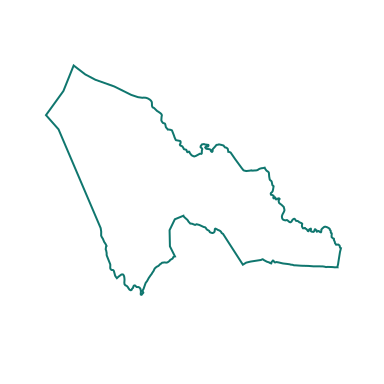 the district of Grande Ravine, Dennery, Saint Lucia, rotated 8°
{"feature_id": "8701671B908189837343", "entity_name": "Grande Ravine", "entity_type": "district", "adm_level": 2, "iso_a3": "LCA", "parent_name": "Saint Lucia", "parent_adm1": "Dennery", "projection": "equal_earth", "projection_center": [-60.928, 13.943], "detail": "fine", "context": "isolated", "style": "outline", "palette": "teal", "viewbox_px": 384, "rotation_deg": 8, "n_neighbors": 0, "source": "geoboundaries", "source_scale": "gbopen_adm2", "svg_char_len": 6106}
<svg xmlns="http://www.w3.org/2000/svg" viewBox="0 0 384 384"><g transform="rotate(8 192 192)"><path d="M347.3,227.0L347.0,227.0L346.5,226.6L346.2,226.2L345.8,224.9L345.4,224.4L344.3,223.7L342.1,224.1L341.9,224.1L341.2,223.1L340.7,222.7L340.3,221.4L339.2,219.8L339.2,219.0L339.0,218.5L338.1,218.3L336.6,217.3L336.3,216.0L336.3,215.2L336.2,213.8L336.0,213.4L335.6,213.2L335.4,213.2L335.1,212.8L334.8,211.4L334.6,210.9L333.7,210.2L333.5,209.4L332.8,208.9L332.2,208.6L330.4,208.0L328.6,207.8L327.5,208.4L326.2,209.9L325.5,210.9L325.3,211.5L325.5,212.3L325.4,212.8L325.5,213.4L325.3,213.9L324.9,214.0L324.3,213.8L323.8,213.6L323.0,213.0L322.7,213.0L321.2,213.9L320.8,213.5L320.7,212.7L320.0,212.4L319.4,211.8L319.0,211.8L318.6,212.7L318.4,213.9L318.1,214.4L317.8,214.6L316.0,214.6L315.5,214.4L315.0,214.0L314.9,212.9L315.0,212.6L315.0,212.1L314.7,211.8L313.8,212.3L313.2,212.9L312.9,213.6L312.9,214.1L312.7,214.6L312.3,214.6L312.0,214.4L311.7,213.9L310.7,213.0L310.3,212.7L309.2,212.4L308.9,211.9L308.6,211.9L308.1,212.2L307.3,212.5L306.9,212.5L305.8,211.0L305.6,210.4L305.5,209.6L305.6,208.3L305.5,208.0L304.5,207.5L302.4,207.0L301.6,206.4L300.6,206.0L299.3,206.1L298.8,205.9L298.0,204.8L297.2,204.3L296.6,204.4L295.7,205.2L295.4,205.6L294.6,207.5L294.1,208.0L293.6,208.3L292.7,208.2L291.0,207.1L290.1,206.6L289.8,206.6L288.5,207.1L287.1,207.0L285.9,206.6L285.6,206.3L285.0,205.6L284.6,204.5L284.4,203.5L284.7,201.7L285.7,199.1L286.1,197.5L285.9,196.4L284.9,194.0L282.4,192.2L280.7,191.3L279.7,190.6L279.0,188.8L279.0,188.5L279.7,186.7L279.1,186.2L278.3,186.3L276.8,187.5L276.2,187.6L275.8,187.1L275.6,186.4L275.1,185.8L274.8,185.8L274.4,186.7L274.1,186.9L273.7,186.9L273.3,186.4L273.3,185.9L273.6,185.3L273.6,184.9L273.2,184.3L271.8,183.8L270.6,183.7L270.4,183.3L270.2,182.8L270.3,182.1L270.5,181.8L271.3,180.9L271.7,180.1L271.9,178.5L272.0,175.5L272.0,175.0L271.8,174.7L271.1,174.4L270.6,173.9L269.6,171.0L269.3,170.4L268.9,170.0L267.8,169.4L267.2,168.7L266.3,166.0L265.5,162.4L265.1,161.8L264.7,161.4L263.0,160.6L262.3,160.0L261.1,158.7L260.6,157.8L258.8,158.5L258.1,158.6L256.3,159.3L255.3,159.9L254.3,160.7L254.1,161.0L253.8,161.2L252.5,161.7L250.8,162.0L249.1,162.4L248.3,162.5L248.2,162.5L248.0,162.3L247.7,162.3L246.7,162.7L242.8,163.7L240.5,163.5L239.9,163.3L237.8,161.3L230.4,153.7L224.8,147.6L224.0,147.3L222.3,147.1L222.3,146.7L221.3,144.2L220.4,143.6L219.6,143.3L218.6,143.3L217.5,142.4L216.8,141.6L214.8,141.3L212.4,141.1L212.0,141.1L211.1,141.6L210.1,141.8L209.5,142.2L208.9,143.3L206.6,146.7L206.4,147.4L206.7,148.1L206.7,148.8L206.4,149.4L206.0,149.5L205.6,149.3L205.0,148.8L204.5,147.6L203.8,147.3L203.5,147.2L200.3,147.2L199.8,147.0L199.0,146.2L198.9,146.1L199.1,145.6L199.4,145.3L200.1,145.0L201.0,144.9L201.6,144.6L201.8,144.0L201.8,143.4L201.6,143.1L199.2,143.1L198.6,143.2L197.4,142.9L196.6,143.0L195.1,143.6L194.6,144.8L194.3,145.1L194.2,146.3L194.6,146.7L195.6,147.3L195.9,147.6L196.2,148.1L196.0,149.5L196.3,152.3L196.0,152.9L194.5,153.0L190.7,155.8L189.2,156.5L187.2,156.0L186.2,155.4L185.5,154.8L184.2,153.4L183.7,152.5L183.1,152.5L182.7,152.7L182.4,153.0L182.0,153.2L181.6,153.0L180.6,151.2L180.4,151.0L178.1,150.7L177.9,150.5L177.4,149.7L176.2,148.3L175.2,147.8L174.1,147.7L173.7,147.3L173.4,146.9L173.9,144.9L173.6,143.5L173.2,143.2L172.8,143.1L168.9,142.9L168.5,142.5L167.0,140.1L166.4,138.8L163.6,133.8L162.2,133.4L159.6,133.4L159.3,133.5L159.0,133.1L157.9,132.2L157.1,131.4L156.1,128.7L155.7,128.1L155.2,127.9L153.7,127.7L152.6,126.7L151.8,125.6L151.6,125.0L151.5,123.4L151.4,121.6L151.5,120.5L151.3,119.8L150.8,119.1L149.7,118.3L147.3,117.1L146.1,116.6L143.0,114.3L142.5,114.0L141.3,113.7L140.7,112.9L140.3,111.9L140.1,110.5L139.7,108.6L138.8,107.4L137.6,106.5L135.6,105.6L134.4,105.3L133.1,105.1L131.9,105.2L130.8,105.3L129.8,105.6L125.3,105.6L118.3,104.3L100.3,98.3L80.7,94.3L69.9,90.4L57.2,83.2L50.6,109.9L36.7,136.2L51.1,148.5L106.6,240.5L107.6,243.9L108.1,247.8L108.8,249.0L110.3,250.8L112.0,253.7L113.4,255.2L114.9,257.3L114.6,257.6L114.5,258.0L114.5,260.5L114.6,261.0L115.1,261.8L116.0,264.4L116.1,265.5L116.4,266.7L121.1,275.0L121.3,276.0L121.5,277.9L121.7,278.9L121.9,279.4L122.8,280.2L123.3,280.4L124.3,280.3L125.0,280.4L125.4,280.8L125.8,281.5L127.5,285.5L128.2,286.4L129.6,287.8L131.1,286.0L132.3,284.8L133.4,283.7L134.2,283.3L135.0,283.3L135.4,283.4L135.9,284.0L136.5,284.9L137.0,286.5L137.4,288.3L137.6,291.1L138.0,292.7L138.9,293.6L140.4,294.1L141.2,294.7L141.6,295.0L142.2,295.8L143.6,297.3L144.5,297.7L145.1,297.8L145.8,297.3L146.2,296.0L146.9,295.2L147.1,293.8L147.4,292.9L148.1,292.5L148.6,292.5L150.4,293.8L152.3,293.6L153.3,294.0L154.3,294.9L154.9,296.4L155.3,297.9L155.4,300.2L155.6,300.7L156.4,300.8L157.8,298.5L157.0,297.2L156.8,296.4L157.5,294.8L158.5,289.7L158.8,288.4L159.9,286.5L161.2,283.0L162.1,281.3L162.4,280.6L163.4,278.9L163.9,277.6L164.9,275.6L165.7,273.0L166.5,272.0L167.4,271.0L169.0,269.9L169.9,268.8L170.3,268.1L171.3,267.3L172.1,266.3L172.9,266.0L173.6,265.9L174.2,265.6L176.5,265.5L177.1,265.3L177.9,264.8L179.4,263.3L179.9,262.3L181.7,260.9L182.1,260.5L182.6,259.0L183.3,258.5L184.1,258.2L177.7,248.9L175.1,232.9L178.8,221.4L186.8,216.7L187.0,217.2L188.1,218.1L191.1,220.1L192.0,220.9L192.4,221.6L194.7,223.5L196.4,223.4L199.3,224.1L199.8,224.1L201.0,223.3L203.8,223.6L208.4,225.0L209.8,225.1L210.6,225.6L211.7,226.9L212.2,227.2L214.4,228.1L215.3,229.3L216.3,229.6L217.8,229.8L218.3,229.7L219.3,229.0L219.8,228.2L219.9,227.6L219.8,225.6L220.0,225.2L220.4,225.0L221.9,225.5L223.0,226.0L223.8,226.1L225.4,226.7L226.2,227.3L227.1,228.5L228.6,229.2L252.5,256.9L255.5,254.4L259.8,252.7L268.8,250.0L269.8,249.7L271.1,248.8L271.8,248.9L272.6,249.4L275.8,250.6L278.2,251.0L278.7,251.3L280.2,251.7L280.4,251.7L280.5,251.2L280.5,250.4L281.7,248.6L282.2,248.7L283.2,249.8L283.9,250.2L284.3,250.1L285.4,249.6L287.7,249.7L292.0,250.1L296.1,250.0L298.9,250.0L299.9,250.2L301.8,250.1L303.1,250.4L304.7,250.2L310.6,249.8L317.6,249.0L322.7,248.7L331.5,247.5L333.5,247.5L335.2,247.7L336.7,247.3L341.4,246.8L343.9,246.7L346.5,246.3L346.4,246.1L346.7,243.1L346.7,241.1L346.9,230.8L347.3,227.0Z" fill="none" stroke="#0f766e" stroke-width="2"/></g></svg>